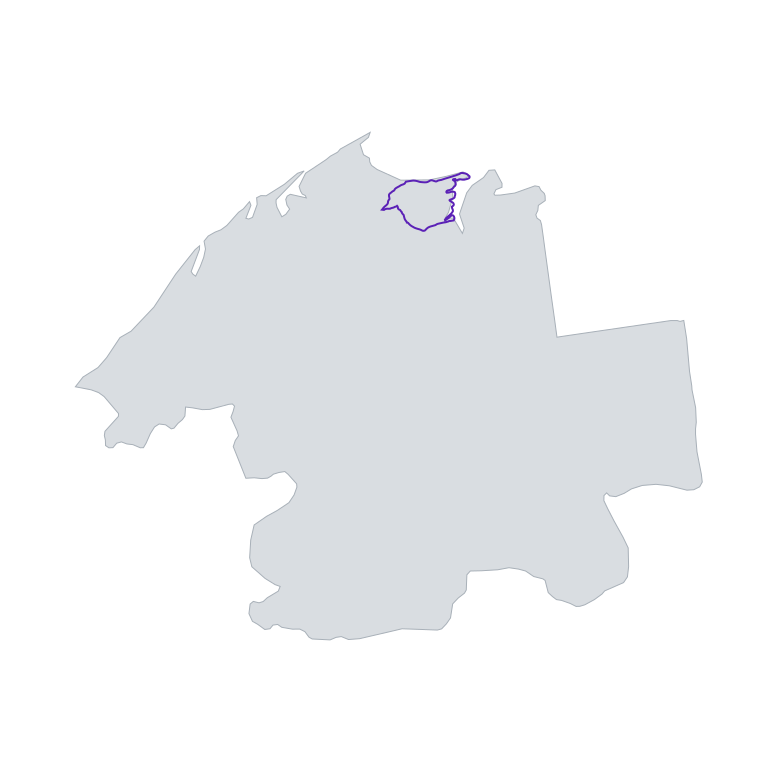 Komo-Ocèan, Estuaire, Gabon (highlighted), rotated 82°
{"feature_id": "22940354B91533016002313", "entity_name": "Komo-Ocèan", "entity_type": "district", "adm_level": 2, "iso_a3": "GAB", "parent_name": "Gabon", "parent_adm1": "Estuaire", "projection": "robinson", "projection_center": [9.579, -0.117], "detail": "fine", "context": "in_parent", "style": "outline", "palette": "violet", "viewbox_px": 768, "rotation_deg": 82, "n_neighbors": 0, "source": "geoboundaries", "source_scale": "gbopen_adm2", "svg_char_len": 6208}
<svg xmlns="http://www.w3.org/2000/svg" viewBox="0 0 768 768"><g transform="rotate(82 384 384)"><path d="M531.8,91.9L531.3,98.8L524.5,115.6L521.2,128.6L520.4,142.4L522.3,153.5L525.7,161.4L527.8,170.1L526.2,176.1L522.8,178.7L525.1,181.7L530.1,182.5L538.7,179.8L551.8,175.2L569.0,168.6L580.3,165.0L599.0,167.2L608.9,169.8L614.0,174.4L619.6,194.3L622.3,197.3L626.8,205.7L630.6,215.9L631.4,221.0L631.0,224.7L627.2,230.2L623.0,238.3L621.5,243.2L617.9,246.8L613.4,250.4L600.9,251.8L599.0,253.9L595.5,262.5L588.9,269.8L586.0,276.6L583.3,285.8L583.8,297.2L582.5,313.5L581.2,324.6L584.5,328.5L599.4,331.2L602.3,333.4L606.2,340.2L611.3,346.6L624.9,350.7L630.2,355.6L634.5,361.0L635.1,365.4L631.9,383.2L628.9,400.2L630.1,413.2L631.2,425.6L632.8,443.6L632.1,454.7L628.2,461.4L628.2,466.6L629.9,473.0L626.5,490.6L624.3,493.5L618.2,496.8L615.0,501.5L614.0,508.9L610.7,519.1L607.3,522.8L607.3,527.5L610.5,531.0L610.5,536.2L604.4,542.5L600.7,547.3L592.6,549.7L583.3,547.2L581.1,543.7L583.3,538.2L582.6,533.9L579.4,529.3L574.4,517.5L570.0,515.0L567.5,519.8L560.0,528.8L546.6,540.3L537.3,541.2L520.0,537.7L505.5,532.2L498.7,518.7L494.5,507.6L488.3,494.7L481.4,488.5L474.0,484.6L470.7,484.4L460.1,491.5L456.9,494.4L457.0,500.4L457.9,506.1L459.6,508.8L461.0,512.4L460.7,518.0L458.8,525.6L458.1,533.9L425.0,542.0L419.2,539.1L415.1,535.3L410.0,536.0L395.6,540.2L390.3,537.3L385.1,535.1L382.7,536.9L382.5,540.5L384.9,560.0L384.1,567.4L380.9,577.1L379.2,583.7L388.0,585.6L391.2,588.6L394.3,593.5L398.5,598.1L398.8,600.9L394.0,606.0L392.3,612.3L394.6,617.2L400.6,622.3L409.3,627.7L413.6,631.1L413.2,634.3L409.1,641.1L407.6,646.9L404.8,652.1L405.4,656.9L409.3,661.3L408.9,665.3L406.2,668.3L400.7,667.7L396.1,668.1L392.0,666.9L379.1,651.5L376.3,651.0L357.5,662.9L352.8,667.8L349.0,674.8L343.8,690.0L335.2,681.1L327.9,664.9L319.3,655.0L301.3,639.0L296.5,627.1L275.8,601.1L246.2,575.0L224.7,552.4L221.5,547.4L225.1,548.0L245.8,559.3L248.6,558.0L251.0,555.5L242.1,549.6L233.5,544.9L225.5,542.0L217.5,542.3L213.0,537.5L210.1,530.2L208.6,524.0L205.1,517.5L193.7,504.1L191.0,498.9L184.7,491.8L188.5,490.9L200.7,497.7L201.8,495.0L200.7,491.0L188.5,484.6L181.8,484.2L180.3,479.7L181.2,474.5L172.4,454.9L163.3,440.3L161.9,433.4L186.5,465.2L189.7,465.7L194.1,465.4L204.2,461.9L202.3,457.6L197.7,453.1L193.3,455.2L187.5,455.6L184.5,453.7L183.1,450.4L188.9,435.0L186.4,435.7L184.5,438.5L181.4,439.8L176.5,440.6L164.4,432.3L153.7,410.0L150.9,405.4L148.0,397.7L145.2,394.5L132.9,362.7L137.6,365.1L143.2,374.3L154.1,372.4L158.3,367.0L162.0,367.2L165.8,366.0L170.6,361.0L184.5,339.1L188.2,310.3L187.0,293.2L185.0,276.2L189.6,270.8L191.4,274.4L192.3,280.4L194.5,284.9L199.4,288.9L208.7,289.9L222.9,296.2L228.0,300.2L229.4,292.2L245.8,285.4L240.8,282.9L226.2,285.6L206.2,275.5L199.6,269.0L193.4,256.7L187.0,250.3L187.4,244.5L201.8,239.2L205.6,239.8L207.1,246.1L211.0,248.7L212.5,247.9L213.1,242.4L213.1,227.9L208.8,207.0L210.1,203.0L214.0,201.6L217.5,198.8L220.0,198.3L224.8,198.8L227.3,203.7L228.6,206.3L233.5,207.5L237.5,210.1L241.0,209.4L243.9,206.4L248.1,205.8L261.2,205.8L273.1,205.9L296.7,206.0L320.3,206.1L343.9,206.1L361.7,206.2L361.6,194.3L361.5,175.9L361.4,154.2L361.3,133.3L361.2,114.1L361.1,91.3L362.0,84.8L363.2,82.1L362.8,78.3L381.1,78.0L414.1,79.7L428.6,79.5L432.7,79.8L450.8,78.7L465.4,80.1L471.6,81.7L477.2,82.5L494.7,83.5L517.6,82.3L525.4,82.5L529.7,85.7L531.8,91.9Z" fill="#d9dde1" stroke="#a8b0b8" stroke-width="1"/><path d="M231.7,292.2L231.3,292.1L230.5,291.4L230.1,291.3L229.1,291.2L227.9,291.4L227.2,291.8L226.6,292.3L226.4,292.9L226.5,293.7L227.1,294.7L227.7,295.5L228.6,296.9L229.2,298.2L230.0,299.7L230.3,300.7L229.8,300.8L228.5,299.5L227.3,297.9L226.4,296.3L225.1,294.5L224.3,293.4L223.1,292.2L222.4,291.7L221.4,291.6L220.6,291.7L219.8,292.0L218.8,292.1L217.8,292.0L217.4,291.3L217.1,290.6L216.5,290.1L216.0,289.9L215.1,290.0L214.5,290.2L213.8,290.8L213.2,291.6L212.4,292.5L211.7,293.3L211.1,293.5L210.7,292.9L210.4,291.3L210.1,290.0L209.7,289.1L209.1,288.2L208.1,287.9L206.8,287.2L205.4,286.9L204.8,287.0L203.9,287.2L203.4,288.0L203.1,289.0L203.0,290.4L203.2,291.5L203.4,292.8L203.4,294.3L203.3,295.2L202.8,295.5L202.1,295.4L201.6,295.0L201.2,294.1L201.1,292.9L201.0,291.8L200.6,290.2L199.8,288.6L198.3,287.1L197.9,286.3L197.0,285.5L196.0,285.1L193.4,285.5L192.7,286.0L192.2,286.7L191.5,287.3L191.1,287.2L190.8,286.3L190.9,284.9L192.2,284.2L192.4,283.5L192.2,282.7L191.9,281.8L191.8,280.3L192.2,279.1L192.6,277.7L192.8,276.1L192.7,274.8L192.5,272.9L192.1,271.3L191.5,270.6L190.3,270.4L189.0,271.5L188.4,272.0L187.7,272.7L186.9,274.0L186.4,275.5L185.8,277.5L185.9,278.7L186.6,280.3L187.4,284.0L188.1,288.3L188.6,291.5L189.1,294.8L189.5,296.9L189.9,299.1L189.9,300.3L190.1,302.3L190.5,303.2L190.7,304.3L190.4,305.1L189.8,306.4L189.1,307.7L188.8,308.8L189.0,310.2L189.5,311.3L190.0,312.8L190.1,314.0L190.0,315.3L189.7,317.0L189.4,318.3L189.1,319.6L188.7,320.8L188.1,322.0L187.5,323.4L187.0,324.9L186.6,326.8L186.6,329.7L186.7,334.2L187.2,334.6L188.4,335.6L188.9,336.8L189.2,338.4L189.6,339.9L190.3,341.3L190.8,342.7L191.3,344.0L191.9,345.3L192.6,346.2L193.4,346.7L194.1,347.6L194.3,348.5L194.7,349.2L195.4,350.3L195.9,351.2L196.4,352.0L197.3,352.7L198.5,352.9L200.0,352.8L201.2,352.8L201.9,353.0L202.4,353.7L203.2,354.3L204.2,354.7L205.1,354.9L205.8,355.2L206.4,355.7L207.2,356.7L207.8,357.7L208.5,358.8L209.4,360.0L210.2,360.7L211.1,361.7L211.6,359.8L211.1,358.7L210.9,357.7L210.8,356.7L211.1,355.1L211.2,354.5L211.2,353.2L210.9,352.6L210.7,350.9L210.6,349.9L210.1,348.7L210.0,347.7L209.8,346.9L209.4,346.3L210.0,345.9L210.9,345.7L212.1,345.7L212.9,345.3L213.4,344.7L213.9,343.9L214.6,343.5L215.5,343.1L216.2,342.5L217.1,342.4L218.0,342.0L218.7,341.5L219.4,341.0L220.7,340.9L222.4,340.7L223.6,340.5L224.8,340.0L225.7,339.5L226.7,338.9L227.3,338.9L227.4,338.4L227.8,337.7L228.9,337.0L230.3,335.9L231.4,334.8L232.6,333.2L233.4,332.2L234.0,331.2L234.7,329.8L235.3,328.5L235.8,327.3L236.4,326.2L237.0,325.3L237.5,324.6L237.8,323.7L237.8,322.6L237.5,321.8L236.7,320.9L236.0,319.9L235.4,319.0L234.9,317.7L234.5,316.1L234.3,314.5L234.1,313.0L233.8,310.9L233.2,309.7L232.9,308.6L232.6,305.3L232.4,302.3L232.4,300.4L232.2,299.1L232.0,297.7L231.7,296.8L231.8,295.5L231.7,292.2Z" fill="none" stroke="#5b21b6" stroke-width="2"/></g></svg>